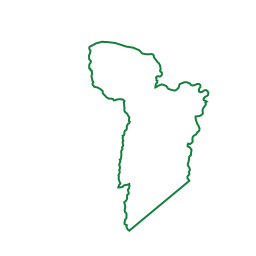 the district of Acorizal, Mato Grosso, Brazil, rotated 129°
{"feature_id": "56859067B96273664135560", "entity_name": "Acorizal", "entity_type": "district", "adm_level": 2, "iso_a3": "BRA", "parent_name": "Brazil", "parent_adm1": "Mato Grosso", "projection": "orthographic", "projection_center": [-56.306, -15.194], "detail": "fine", "context": "isolated", "style": "outline", "palette": "green", "viewbox_px": 256, "rotation_deg": 129, "n_neighbors": 0, "source": "geoboundaries", "source_scale": "gbopen_adm2", "svg_char_len": 4077}
<svg xmlns="http://www.w3.org/2000/svg" viewBox="0 0 256 256"><g transform="rotate(129 128 128)"><path d="M207.0,62.4L130.5,47.1L130.0,48.3L129.7,50.1L128.4,51.2L126.7,51.3L125.7,51.2L124.6,51.8L124.0,53.0L122.3,53.3L121.1,53.9L120.2,55.6L119.8,56.8L119.3,58.0L118.4,58.8L116.3,59.6L114.8,60.4L113.3,61.3L112.2,62.2L110.9,62.2L109.7,62.0L108.8,62.6L107.5,63.4L106.2,64.2L105.0,64.9L104.6,66.2L104.3,67.2L104.3,68.7L104.8,70.1L103.4,71.1L102.2,71.4L101.9,70.3L101.0,69.5L99.6,69.2L98.0,69.1L97.2,69.9L96.0,71.0L94.4,72.0L92.7,72.0L91.7,71.7L90.1,71.1L88.7,71.2L87.6,71.5L86.2,70.9L84.3,71.4L83.1,72.4L82.3,74.0L81.7,75.0L81.4,76.3L80.8,77.5L80.0,78.6L79.3,79.9L78.5,80.8L77.6,82.0L76.4,82.7L75.1,81.3L73.9,80.2L72.7,79.5L71.2,79.0L69.7,78.9L68.7,79.7L67.8,80.9L66.5,81.6L65.0,82.0L63.3,82.1L61.4,82.1L60.3,82.7L59.5,83.9L57.9,83.4L58.2,85.2L58.7,86.5L58.1,87.6L56.8,87.8L55.5,87.7L54.5,87.3L53.2,86.8L52.1,86.6L50.1,87.6L49.4,89.2L49.3,90.9L49.9,91.8L51.4,92.6L53.2,93.1L54.7,94.3L54.9,95.7L53.8,96.9L52.3,97.5L50.3,97.6L49.2,98.8L49.0,100.2L49.7,101.5L50.7,102.1L52.2,102.9L53.4,103.7L54.4,104.6L54.9,106.3L54.5,108.1L55.1,109.4L55.3,110.9L56.1,112.0L57.2,113.1L58.7,114.0L61.5,115.5L63.3,114.6L65.0,114.0L66.8,114.2L67.8,114.4L69.5,115.2L70.4,116.9L71.2,118.7L71.8,120.0L72.2,121.6L71.7,123.0L71.4,124.9L71.7,126.1L72.2,127.7L73.0,129.3L74.5,130.2L76.3,131.1L77.7,131.5L79.2,132.2L78.2,133.0L77.0,133.6L75.9,134.0L74.5,133.9L72.9,134.7L73.1,135.9L72.0,136.7L71.2,138.0L70.0,138.0L68.8,137.2L67.9,135.6L66.5,135.0L64.9,135.4L63.6,136.7L63.8,138.3L63.2,139.2L62.1,139.5L60.7,140.7L59.7,141.9L58.9,143.1L58.2,144.8L58.2,146.6L57.6,148.5L57.4,149.7L57.0,151.2L56.7,152.5L55.7,153.2L55.1,154.9L56.0,156.6L56.9,157.5L58.1,158.7L59.1,160.2L60.1,161.9L60.9,163.3L61.1,164.4L60.9,165.5L60.7,166.7L60.5,168.4L60.9,169.7L61.5,171.5L62.0,173.7L62.7,175.2L63.6,176.7L64.3,177.9L64.9,179.1L65.7,180.3L66.3,182.0L67.0,183.7L67.3,184.7L67.8,185.9L68.3,187.1L68.7,188.1L69.1,189.1L69.6,190.4L70.3,191.9L71.4,193.7L72.8,195.9L73.6,197.1L74.6,198.8L75.9,200.2L76.8,201.9L78.2,203.1L79.6,204.1L80.7,204.9L82.5,206.2L86.1,207.6L88.4,208.8L89.6,208.9L90.7,208.0L91.3,206.9L91.5,205.8L92.8,205.1L94.2,204.3L95.9,204.1L97.0,203.3L97.9,202.4L98.9,201.5L99.1,200.3L99.4,198.8L100.8,198.2L102.1,198.2L103.6,197.7L104.9,196.6L106.1,195.6L105.7,194.3L106.7,193.4L106.3,192.2L107.2,191.4L108.3,190.1L110.0,189.4L111.3,188.4L112.4,186.9L113.7,185.3L114.1,183.8L115.1,183.7L116.1,183.4L116.7,182.5L116.7,181.3L117.2,180.1L116.4,178.5L115.9,177.6L115.5,176.6L115.3,175.0L115.1,173.2L115.1,172.0L115.3,170.9L116.7,169.7L117.2,167.8L117.3,165.8L117.7,164.0L117.2,161.3L115.8,159.6L114.9,158.0L115.5,156.4L114.4,155.4L113.4,155.0L112.2,153.9L110.9,152.7L109.9,151.2L109.2,150.3L109.1,149.2L109.3,147.6L110.6,147.5L111.5,146.4L112.6,145.4L113.8,144.3L114.7,143.2L116.0,142.4L117.0,141.5L117.4,140.2L117.4,138.9L117.4,137.8L118.0,136.3L118.6,135.0L118.8,133.7L120.1,133.0L121.0,132.4L121.9,131.8L122.1,130.5L123.4,130.1L124.7,130.6L126.5,130.3L127.7,129.9L128.6,128.9L130.2,128.1L132.1,128.7L133.7,128.0L134.7,127.2L136.0,126.7L137.5,127.3L138.1,126.3L139.4,125.7L140.3,124.6L141.2,123.3L142.2,123.4L143.3,122.5L143.9,121.3L145.2,120.6L146.8,120.4L147.8,119.0L148.9,118.9L150.1,118.8L151.1,118.0L151.9,117.2L153.7,115.8L155.2,114.8L156.6,114.1L157.8,114.5L158.3,113.2L159.3,112.8L160.6,112.3L161.9,111.9L163.1,110.1L164.1,109.1L165.1,108.7L166.3,108.3L166.9,107.2L168.1,106.3L169.3,105.9L170.7,105.7L171.5,104.5L173.0,103.7L174.1,102.2L174.8,101.2L175.4,100.1L175.9,99.0L177.1,99.0L178.3,99.0L180.3,98.1L179.0,96.7L178.4,95.9L177.1,95.1L175.6,95.2L174.4,94.5L172.8,93.1L171.7,92.2L170.7,91.8L171.9,90.6L172.8,90.0L174.3,89.2L175.9,89.3L176.8,88.4L178.0,86.6L179.0,86.0L180.4,86.6L181.6,85.8L183.6,84.1L185.7,83.8L188.1,84.2L189.2,82.7L190.0,81.5L191.3,80.3L192.7,79.6L194.2,78.7L195.2,77.2L195.3,75.7L196.4,74.5L197.7,73.5L199.2,72.5L201.3,72.5L202.7,71.6L203.8,71.2L204.8,70.2L204.6,68.9L204.3,67.7L205.3,67.5L206.1,66.3L206.9,65.0L207.0,63.9L207.0,62.4Z" fill="none" stroke="#15803d" stroke-width="2"/></g></svg>